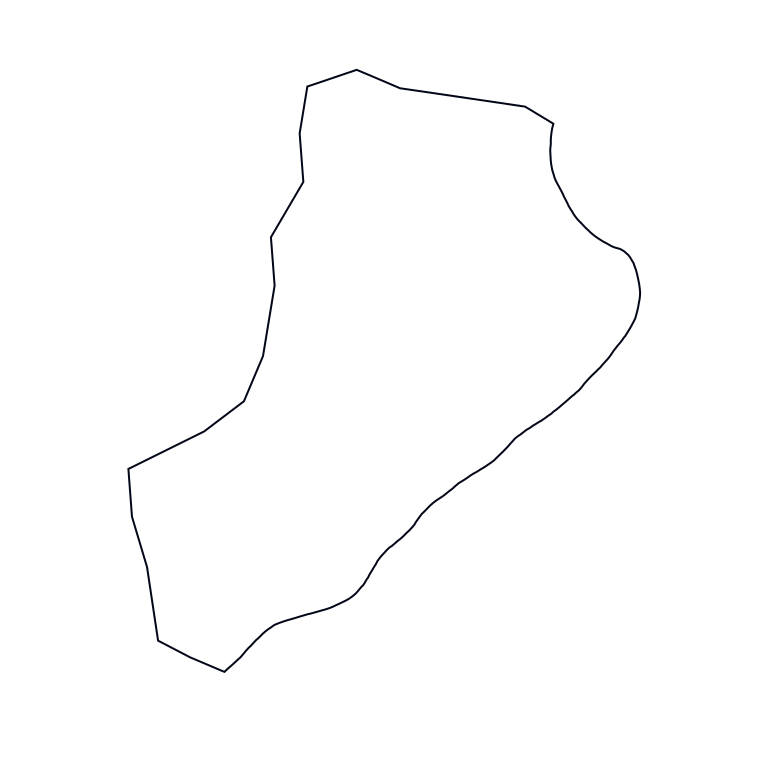 Sinuiju City, P'yŏngan-bukto, North Korea (Robinson projection), rotated 188°
{"feature_id": "82179303B65076017972610", "entity_name": "Sinuiju City", "entity_type": "district", "adm_level": 2, "iso_a3": "PRK", "parent_name": "North Korea", "parent_adm1": "P'yŏngan-bukto", "projection": "robinson", "projection_center": [124.379, 40.084], "detail": "fine", "context": "isolated", "style": "outline", "palette": "ink", "viewbox_px": 768, "rotation_deg": 188, "n_neighbors": 0, "source": "geoboundaries", "source_scale": "gbopen_adm2", "svg_char_len": 3178}
<svg xmlns="http://www.w3.org/2000/svg" viewBox="0 0 768 768"><g transform="rotate(188 384 384)"><path d="M625.3,264.3L615.1,217.5L593.2,169.8L582.6,134.1L572.0,98.4L537.8,86.3L502.0,76.7L501.3,77.6L498.8,80.7L496.1,83.7L493.4,87.0L492.4,88.2L490.4,90.7L488.3,93.1L486.6,95.7L485.0,98.2L483.6,100.6L481.7,103.4L479.4,106.3L477.4,109.2L475.2,112.4L473.1,114.8L471.4,117.0L469.5,119.6L467.2,122.3L464.6,125.0L461.8,127.4L460.0,129.3L458.6,130.4L455.0,132.5L451.0,134.6L446.9,136.6L443.0,138.3L439.0,140.1L434.8,142.1L431.0,143.8L427.0,145.6L423.8,146.8L420.7,148.2L417.7,149.5L414.6,150.9L410.7,152.6L406.6,154.6L403.4,156.5L399.9,158.8L397.1,160.6L394.4,162.4L391.9,164.1L389.3,166.0L387.2,167.9L384.9,170.2L382.9,172.5L381.3,174.8L379.8,177.3L378.1,180.0L376.5,182.1L375.2,185.0L373.9,188.2L372.8,190.2L371.9,193.2L370.1,197.3L368.7,200.7L367.0,204.4L365.9,207.7L364.1,211.0L362.3,213.9L360.2,216.9L358.1,220.0L355.8,222.9L353.5,224.9L351.2,227.5L348.9,230.2L345.9,233.3L343.5,236.2L341.2,239.4L338.5,242.6L336.3,245.8L334.4,248.8L333.1,252.0L331.3,255.4L330.3,257.3L328.5,260.6L326.0,263.8L323.7,266.9L321.4,270.1L318.8,273.1L316.0,275.9L313.0,278.6L310.1,281.1L307.6,283.7L304.8,286.7L301.7,289.8L299.1,293.0L296.0,296.4L292.5,299.2L288.8,302.4L285.9,305.2L283.1,307.6L279.6,310.2L276.1,313.2L272.9,315.7L270.1,318.3L267.2,320.9L264.4,323.7L261.9,327.0L259.6,330.0L257.5,332.6L255.5,335.3L254.5,336.7L252.6,339.3L250.8,342.2L248.6,345.4L246.9,348.0L244.5,350.6L241.8,353.0L239.0,355.9L236.6,358.4L233.7,360.6L230.9,363.3L228.3,365.4L225.7,367.6L223.1,369.6L220.0,372.4L217.4,375.0L214.0,378.1L212.3,380.3L209.7,382.7L207.4,385.2L205.3,387.6L203.5,389.7L201.7,391.6L200.0,393.6L198.0,396.0L196.1,398.2L194.1,400.2L192.3,402.5L190.4,404.5L189.0,406.5L187.6,408.7L186.0,411.7L184.1,414.6L183.1,416.1L181.2,418.8L179.8,420.7L177.8,423.3L175.7,425.9L173.8,428.5L172.0,430.7L170.7,432.9L169.2,435.1L167.4,437.8L165.8,440.1L164.1,443.0L162.6,446.0L161.4,448.6L159.6,451.7L158.1,454.3L156.2,457.3L154.3,460.5L153.0,463.2L151.7,465.2L150.5,468.0L149.4,470.5L148.0,473.7L146.6,477.5L145.5,480.4L144.4,483.7L143.9,487.0L143.4,491.0L143.0,495.8L142.9,499.6L142.7,503.6L142.8,507.6L143.2,510.7L144.1,514.4L145.1,518.1L146.1,521.0L147.5,524.9L148.9,528.6L150.5,532.3L152.3,535.6L153.7,538.4L155.8,541.0L157.8,543.5L159.7,545.5L162.5,547.4L164.3,548.6L166.4,549.6L169.1,550.6L171.4,550.9L174.4,551.3L177.8,552.1L180.5,553.2L183.5,554.4L186.2,555.3L189.1,556.6L191.5,557.7L194.4,559.1L197.4,560.8L200.6,562.8L203.0,564.6L205.8,566.5L208.2,568.4L211.2,570.8L214.9,573.6L217.5,576.1L219.7,578.4L221.9,581.2L224.0,583.6L226.0,586.1L227.6,588.6L229.6,591.5L231.7,594.4L233.6,597.4L235.5,600.1L237.9,603.4L240.0,606.2L242.2,609.3L243.9,612.2L245.4,615.6L247.1,619.1L248.0,621.8L248.9,624.5L249.5,626.8L250.1,629.1L250.6,631.8L251.2,634.8L251.8,637.7L252.1,640.8L252.2,644.8L252.7,648.0L253.0,651.5L253.1,654.9L253.1,655.7L253.1,657.6L253.1,659.0L252.9,661.7L252.5,665.3L282.9,678.3L340.3,678.7L409.2,679.1L443.0,688.2L454.8,691.3L501.3,667.9L502.4,620.4L492.0,572.9L516.4,513.6L506.0,466.1L507.7,394.8L520.3,347.4L555.5,312.0L625.3,264.3Z" fill="none" stroke="#020617" stroke-width="2"/></g></svg>